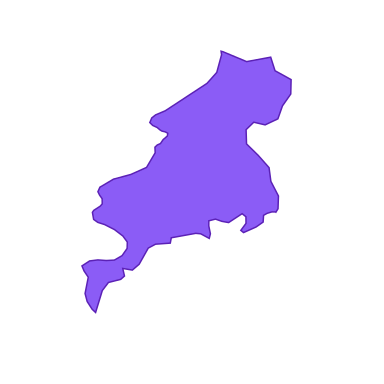 an SVG outline of Briceni, rotated 309°
{"feature_id": "MDA-1613", "entity_name": "Briceni", "entity_type": "District", "adm_level": 1, "iso_a3": "MDA", "parent_name": "Moldova", "parent_adm1": "", "projection": "robinson", "projection_center": [26.94, 48.261], "detail": "fine", "context": "isolated", "style": "filled", "palette": "violet", "viewbox_px": 384, "rotation_deg": 309, "n_neighbors": 0, "source": "natural_earth", "source_scale": "10m", "svg_char_len": 1352}
<svg xmlns="http://www.w3.org/2000/svg" viewBox="0 0 384 384"><g transform="rotate(309 192 192)"><path d="M84.2,192.4L79.3,191.6L69.1,184.0L59.0,184.3L37.7,192.9L38.0,188.3L40.9,179.5L45.8,172.8L60.5,165.0L62.7,157.8L65.3,153.0L74.0,155.8L80.0,161.6L84.8,168.5L90.2,174.5L98.5,177.7L107.3,177.1L112.4,173.2L114.3,166.0L114.0,155.4L111.7,144.6L109.1,137.9L108.8,132.8L113.5,127.4L115.9,127.2L123.3,129.6L126.3,129.7L130.2,126.4L131.4,122.2L133.0,118.7L137.8,117.4L152.6,122.9L167.1,133.4L182.5,141.2L199.3,138.7L203.5,135.0L206.7,135.4L209.8,137.0L214.6,136.6L220.0,137.6L222.4,136.2L221.9,133.4L220.4,130.3L220.1,128.0L220.2,124.3L219.0,119.6L219.4,115.5L224.3,114.1L229.1,115.2L238.3,120.1L285.9,135.3L300.5,136.0L317.3,128.6L319.7,126.0L320.5,127.8L327.7,152.4L346.3,168.3L338.5,180.2L341.7,198.3L330.3,207.1L315.9,208.1L302.9,212.7L290.2,206.6L285.1,196.1L274.5,194.8L263.7,204.1L262.1,220.6L259.4,236.6L249.9,246.6L243.3,261.7L233.1,269.4L229.1,269.9L229.1,269.5L226.8,266.6L222.7,263.8L218.9,262.3L213.4,266.2L205.1,263.8L192.9,257.6L192.9,254.1L201.6,253.7L206.7,249.5L206.7,244.6L191.3,239.7L188.0,233.7L185.7,227.3L180.2,223.2L176.2,226.4L171.1,232.6L166.8,234.6L165.0,225.1L162.2,220.9L143.4,204.7L138.6,207.3L128.5,196.5L120.9,193.3L102.6,196.4L93.8,194.8L89.0,186.3L84.2,192.4Z" fill="#8b5cf6" stroke="#5b21b6" stroke-width="1.5"/></g></svg>